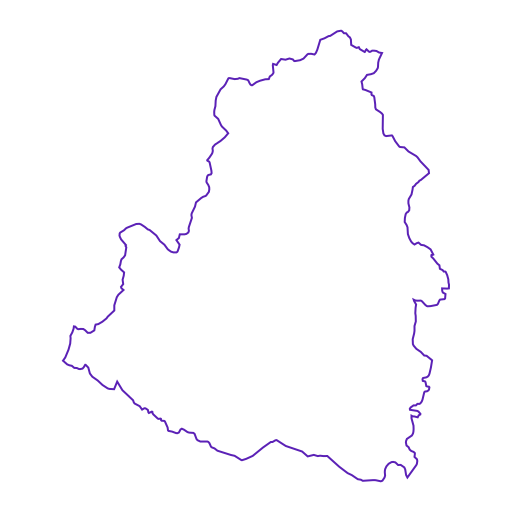 outline of Lac Son, Hòa Bình, Vietnam
{"feature_id": "81297802B21968879828656", "entity_name": "Lac Son", "entity_type": "district", "adm_level": 2, "iso_a3": "VNM", "parent_name": "Vietnam", "parent_adm1": "Hòa Bình", "projection": "equal_earth", "projection_center": [105.433, 20.499], "detail": "fine", "context": "isolated", "style": "outline", "palette": "violet", "viewbox_px": 512, "rotation_deg": 0, "n_neighbors": 0, "source": "geoboundaries", "source_scale": "gbopen_adm2", "svg_char_len": 6001}
<svg xmlns="http://www.w3.org/2000/svg" viewBox="0 0 512 512"><path d="M246.1,458.9L252.7,455.9L263.0,447.5L270.8,442.0L272.5,442.0L275.4,440.3L276.6,440.1L285.8,446.0L302.1,451.5L307.7,456.4L313.8,454.9L317.8,456.1L320.1,455.7L323.6,456.1L327.3,456.0L339.2,466.7L347.6,473.1L351.8,475.1L357.8,479.2L360.8,479.7L362.8,480.8L373.4,480.1L375.7,480.2L380.8,481.3L382.4,480.7L384.5,477.6L385.1,475.6L384.8,472.2L384.9,470.5L385.2,469.0L386.4,466.4L388.6,463.8L391.5,462.1L393.2,461.9L395.4,462.4L398.1,465.0L400.7,464.9L404.3,467.4L405.2,469.4L406.1,475.0L407.4,477.5L416.3,465.1L416.9,463.8L417.3,461.0L417.0,459.3L414.5,456.9L414.9,453.7L414.8,453.0L413.6,451.9L411.3,451.0L409.7,449.6L408.6,447.2L406.5,445.5L405.9,442.4L406.1,440.9L406.9,438.9L411.9,435.5L413.0,433.5L413.4,431.8L413.6,429.3L413.5,425.7L411.5,418.3L411.5,415.7L412.8,416.4L414.1,416.4L417.7,417.3L418.7,415.3L420.3,414.5L420.4,413.8L418.4,411.5L417.2,410.9L410.0,409.8L409.8,408.8L410.6,407.5L413.5,405.4L415.9,405.4L417.4,403.9L419.5,403.9L420.4,403.3L421.7,401.6L422.5,399.6L424.2,392.5L424.6,391.8L425.1,391.5L427.0,391.3L428.4,390.4L429.0,389.5L429.4,387.3L428.9,386.7L427.2,386.5L426.3,386.1L425.5,382.1L425.0,381.4L422.8,380.9L422.5,379.3L422.7,378.6L423.1,378.0L426.2,377.4L427.6,376.7L428.8,375.4L429.5,373.6L430.9,367.6L432.1,360.3L426.6,355.8L424.2,355.5L420.8,351.9L416.4,348.9L413.6,345.6L412.9,344.1L412.7,339.2L414.1,333.6L414.5,330.9L414.5,326.0L415.8,321.5L415.7,315.9L415.3,313.2L415.6,307.7L416.1,304.5L414.1,301.0L413.7,299.7L415.1,300.4L417.1,300.7L420.8,300.6L421.9,301.2L425.3,304.9L426.7,306.0L427.6,306.3L430.6,306.1L436.9,304.9L437.9,303.9L439.4,300.4L440.1,299.6L444.5,299.1L445.1,298.4L445.5,294.0L442.8,292.5L442.2,290.8L442.1,288.4L447.2,288.6L448.9,288.4L449.0,284.7L448.5,282.6L448.3,279.3L447.2,275.2L445.7,271.9L445.1,271.5L443.7,271.5L442.6,270.1L439.9,268.8L439.4,265.3L437.4,263.7L433.2,258.4L431.5,256.8L431.3,256.0L431.5,255.0L432.7,254.9L433.3,254.6L430.6,249.4L427.5,247.2L424.0,245.3L421.1,244.9L418.5,242.6L416.9,243.1L414.5,244.5L412.6,243.2L411.1,241.5L409.3,238.1L407.9,234.1L407.5,227.3L406.6,225.0L404.7,222.0L404.9,217.9L405.7,214.1L406.8,212.5L408.0,211.9L409.2,210.3L409.4,207.5L408.4,203.3L408.4,200.7L408.8,199.0L411.5,194.5L412.5,189.8L412.9,187.0L414.6,185.8L416.1,183.8L418.4,182.1L419.4,180.7L420.8,180.0L429.0,173.2L428.6,169.9L420.5,161.4L417.5,157.3L416.1,156.0L408.5,151.5L404.4,147.4L400.0,147.0L399.2,146.5L395.2,141.2L392.6,136.2L391.9,135.4L386.1,136.1L384.5,135.4L383.4,133.5L382.7,128.9L382.9,114.9L382.0,113.6L380.2,112.1L375.9,109.3L375.3,107.5L375.2,104.3L374.3,97.3L373.7,95.9L371.8,95.1L371.5,94.5L371.5,92.5L365.5,90.0L362.9,89.3L362.7,88.8L362.2,84.4L361.5,81.5L364.8,78.2L367.0,74.9L370.9,74.2L373.8,73.2L376.1,70.8L377.7,68.2L378.0,66.9L378.2,62.7L378.9,59.6L382.0,53.0L379.0,52.5L376.5,51.0L374.3,50.7L372.1,50.7L370.5,51.7L369.7,51.9L368.9,51.6L366.5,49.3L365.9,49.9L365.0,51.8L364.7,52.0L359.8,49.1L358.8,47.2L356.8,47.9L355.7,47.5L351.2,44.9L350.9,39.5L349.9,37.4L348.4,36.3L346.1,33.3L343.9,33.2L342.2,31.3L341.1,30.7L337.2,31.4L330.2,35.9L328.6,36.1L324.5,38.3L320.3,39.8L317.3,49.7L315.9,52.9L314.5,54.5L311.2,53.8L308.2,53.9L307.4,54.4L303.5,58.6L300.1,60.2L294.9,61.1L294.2,61.0L292.8,59.4L289.4,58.5L285.5,59.7L281.1,59.0L277.9,62.8L276.6,65.0L273.1,63.9L272.8,65.2L273.5,72.4L273.2,73.4L272.0,74.9L269.8,76.5L268.8,79.1L265.2,79.3L260.1,80.7L256.4,82.2L252.3,85.2L251.4,85.2L250.5,84.6L249.7,83.4L248.2,80.3L246.8,79.6L239.4,78.1L237.8,78.8L234.6,79.1L229.7,78.1L228.6,78.2L228.3,78.5L225.4,84.2L223.8,86.4L220.6,89.3L216.4,96.9L215.7,100.5L215.4,106.2L214.4,110.0L214.2,111.9L214.3,115.0L214.6,115.7L218.2,118.9L220.9,124.9L221.9,126.5L226.2,130.6L228.2,133.3L224.7,137.4L220.6,140.9L215.0,144.6L212.9,147.0L212.5,148.5L212.8,150.9L212.4,152.8L211.8,154.0L209.3,157.7L207.2,160.2L207.4,160.7L209.1,161.6L209.6,162.4L211.4,170.7L211.6,173.1L210.9,174.4L208.3,175.0L207.5,175.9L207.1,176.9L206.4,181.2L206.6,182.4L208.3,185.0L209.2,187.2L209.3,189.3L208.9,191.8L206.2,195.5L205.5,196.0L203.1,196.8L201.2,198.0L196.0,202.4L195.0,206.6L191.7,213.4L191.4,215.0L191.9,217.9L188.9,226.9L188.6,228.4L188.9,230.9L188.3,232.5L186.4,233.9L184.7,234.3L179.8,234.3L178.9,238.0L176.4,240.1L179.6,244.7L179.0,247.4L177.7,251.1L177.3,251.8L176.4,252.4L173.5,252.4L171.1,251.7L168.8,250.1L167.7,249.2L164.4,244.7L160.0,241.1L156.4,235.6L155.6,234.9L149.6,230.0L147.8,229.4L144.8,226.9L141.0,224.4L139.3,223.8L136.2,224.0L127.1,227.7L125.9,228.4L124.1,230.2L120.2,232.6L119.7,233.4L119.6,234.3L119.5,235.6L119.9,236.9L121.1,239.4L126.0,245.1L125.5,245.9L126.3,247.3L125.1,255.3L123.6,257.4L121.5,259.3L120.9,261.1L120.3,264.4L119.2,267.4L120.9,269.5L124.1,272.4L123.7,275.8L122.6,279.7L123.2,284.1L121.0,286.9L121.5,288.3L123.5,290.0L118.4,294.7L116.8,297.2L114.3,305.3L114.3,310.5L107.7,316.7L106.5,318.4L102.4,321.7L98.3,324.1L95.6,324.6L94.9,326.8L94.3,330.4L90.4,332.8L87.7,332.8L85.1,330.2L83.3,329.0L80.7,328.9L78.3,329.2L77.3,328.8L75.2,326.6L73.9,326.4L73.6,328.7L72.3,332.4L70.4,335.9L70.6,338.3L70.2,343.6L68.5,349.7L65.3,357.4L63.0,360.7L67.2,364.4L69.4,365.3L71.8,365.8L74.3,367.9L76.8,368.0L78.9,369.0L80.2,369.1L82.5,368.6L83.7,367.3L85.2,364.8L85.6,364.8L88.3,367.6L89.9,373.5L92.3,376.7L97.7,380.5L102.5,385.0L107.7,388.4L109.3,388.9L114.1,389.2L117.2,381.6L122.4,390.2L133.1,400.3L133.8,402.4L134.6,403.5L139.7,406.2L142.1,409.6L144.1,408.4L144.9,408.2L146.1,408.7L147.9,410.0L148.4,412.4L148.9,413.0L151.9,411.6L152.4,411.9L152.5,413.2L153.3,414.4L157.8,418.6L158.6,418.9L160.5,418.6L160.9,418.8L161.1,420.2L161.6,420.7L164.2,420.9L164.9,421.4L167.6,427.5L168.0,430.3L168.5,430.9L172.1,431.6L176.1,433.1L177.4,433.2L178.9,432.5L180.5,429.5L181.8,428.7L184.0,429.7L187.5,432.1L189.2,432.6L193.4,432.9L194.6,433.9L196.5,439.0L197.5,440.2L200.3,441.5L207.3,441.5L208.3,441.9L209.4,443.1L211.0,446.7L211.9,447.4L214.5,448.4L217.4,450.7L231.0,455.0L234.6,455.8L241.4,460.1L242.0,460.2L246.1,458.9Z" fill="none" stroke="#5b21b6" stroke-width="2"/></svg>